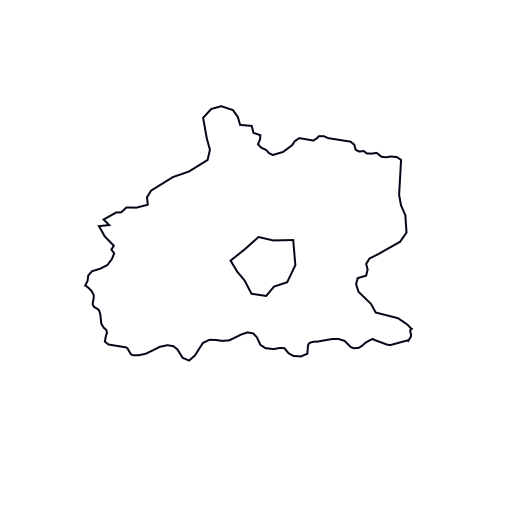 Békés, Mercator projection, rotated 60°
{"feature_id": "HUN-3171", "entity_name": "Békés", "entity_type": "County", "adm_level": 1, "iso_a3": "HUN", "parent_name": "Hungary", "parent_adm1": "", "projection": "mercator", "projection_center": [21.079, 46.734], "detail": "fine", "context": "isolated", "style": "outline", "palette": "ink", "viewbox_px": 512, "rotation_deg": 60, "n_neighbors": 0, "source": "natural_earth", "source_scale": "10m", "svg_char_len": 2261}
<svg xmlns="http://www.w3.org/2000/svg" viewBox="0 0 512 512"><g transform="rotate(60 256 256)"><path d="M347.0,282.9L345.4,287.4L340.5,293.9L335.3,296.6L326.6,295.9L321.6,297.2L317.9,301.6L316.6,308.1L315.7,321.3L312.7,327.6L308.6,332.8L305.3,338.3L304.7,345.4L311.6,358.6L313.1,366.2L307.6,370.4L297.6,370.8L293.0,372.5L289.0,377.2L286.6,384.6L285.6,399.9L283.6,406.5L280.8,411.7L278.6,413.5L271.6,413.5L270.1,414.3L258.8,428.1L254.5,429.7L249.9,425.7L248.3,423.7L246.4,422.8L244.4,422.8L242.2,423.7L237.5,423.9L228.7,420.0L224.5,419.1L222.8,419.6L219.4,421.6L217.0,421.8L215.1,420.9L210.8,417.2L208.6,416.1L203.9,415.9L198.9,417.3L196.2,418.7L193.4,414.4L188.9,410.9L187.2,405.6L189.1,397.3L189.5,389.2L186.7,382.5L182.8,377.5L178.1,378.0L176.0,374.0L163.5,377.2L151.6,377.1L155.8,367.7L148.2,369.7L148.4,355.3L150.8,350.9L149.2,344.0L154.4,335.2L157.5,324.1L150.6,321.0L146.9,314.1L146.1,288.4L149.3,271.9L148.6,249.9L141.0,242.8L129.2,239.7L109.9,232.7L106.3,221.2L108.9,211.2L118.1,203.0L126.5,202.2L134.5,204.2L141.2,194.7L148.1,196.6L153.6,191.8L157.2,194.3L160.2,198.5L164.8,197.3L169.4,194.1L173.2,193.4L176.9,191.0L179.4,180.6L178.1,169.3L175.9,164.9L175.6,159.5L184.7,148.6L184.5,144.0L183.6,141.9L186.1,137.4L190.0,134.6L204.3,116.9L208.9,115.2L213.8,116.6L217.0,114.6L219.1,110.1L222.5,108.9L225.2,104.6L227.0,100.0L232.8,97.7L235.5,94.1L237.3,89.4L240.7,84.6L245.3,82.3L274.6,101.5L284.7,105.1L295.4,106.3L310.9,113.9L315.7,124.0L315.5,149.1L314.9,159.0L318.0,164.6L323.6,166.1L328.1,170.5L326.0,179.0L330.4,183.4L338.3,185.1L354.8,180.4L364.8,180.6L380.9,164.1L391.1,159.2L396.8,157.8L396.9,157.7L397.5,159.6L399.5,160.6L401.8,161.0L403.4,162.4L405.6,166.4L405.7,166.8L404.8,167.1L400.3,184.3L398.3,186.8L387.5,195.7L386.4,196.1L386.1,197.1L385.8,201.1L386.0,205.4L386.8,209.1L386.9,212.8L384.9,217.3L382.4,219.4L373.8,221.7L368.8,226.4L365.8,232.0L360.7,246.0L359.7,247.6L358.9,249.5L358.3,251.5L358.1,253.6L358.6,254.5L359.2,255.4L359.9,256.0L366.3,260.4L365.5,267.2L361.2,273.7L356.5,276.4L350.0,277.5L347.4,281.6L347.0,282.9ZM286.4,278.8L295.7,267.2L291.5,255.7L294.3,242.1L283.6,226.5L260.8,215.8L251.0,233.5L240.8,244.3L244.5,262.0L247.3,280.3L260.3,280.1L271.5,278.1L286.4,278.8Z" fill="none" stroke="#020617" stroke-width="2"/></g></svg>